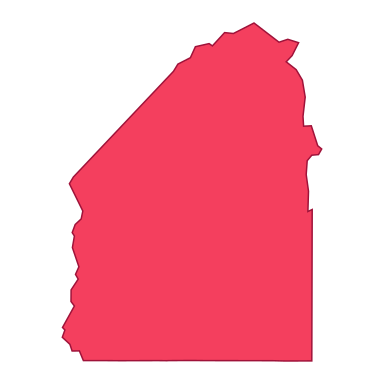 the district of Costilla, Colorado, United States of America
{"feature_id": "52423323B77576079011979", "entity_name": "Costilla", "entity_type": "district", "adm_level": 2, "iso_a3": "USA", "parent_name": "United States of America", "parent_adm1": "Colorado", "projection": "mercator", "projection_center": [-105.457, 37.327], "detail": "fine", "context": "isolated", "style": "filled", "palette": "rose", "viewbox_px": 384, "rotation_deg": 0, "n_neighbors": 0, "source": "geoboundaries", "source_scale": "gbopen_adm2", "svg_char_len": 872}
<svg xmlns="http://www.w3.org/2000/svg" viewBox="0 0 384 384"><path d="M73.4,177.0L69.4,183.7L82.8,211.0L81.2,218.9L75.2,224.5L72.2,232.6L74.4,236.0L72.4,247.6L78.9,266.8L75.5,274.4L78.2,279.1L71.1,289.9L71.0,301.5L74.4,306.0L62.5,327.5L64.9,330.0L62.3,337.3L69.9,344.3L72.1,351.0L79.4,350.9L83.4,360.6L84.3,360.6L105.2,360.6L120.3,360.7L158.2,360.6L166.9,360.7L168.4,360.6L186.1,360.5L193.4,360.5L195.3,360.5L204.5,360.6L272.8,360.7L285.2,361.0L285.3,361.0L311.8,360.9L312.2,209.5L307.9,211.5L308.5,191.2L306.2,174.6L307.2,160.7L311.8,155.2L318.5,154.6L321.7,149.0L317.7,145.7L311.3,125.8L303.6,126.2L303.0,116.4L305.2,97.1L302.4,80.2L296.2,69.7L286.2,61.8L292.1,55.6L298.6,42.7L287.8,39.3L279.0,42.2L254.0,23.0L233.4,33.5L224.6,32.6L212.4,45.9L209.1,43.6L195.4,46.7L190.4,57.7L177.9,64.1L173.5,71.3L73.4,177.0Z" fill="#f43f5e" stroke="#9f1239" stroke-width="1.5"/></svg>